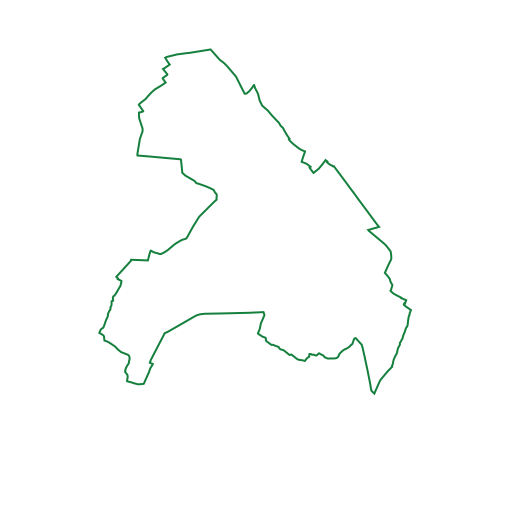 the district of Nong Don, Saraburi, Thailand, rotated 115°
{"feature_id": "78962969B30488240486428", "entity_name": "Nong Don", "entity_type": "district", "adm_level": 2, "iso_a3": "THA", "parent_name": "Thailand", "parent_adm1": "Saraburi", "projection": "orthographic", "projection_center": [100.697, 14.698], "detail": "fine", "context": "isolated", "style": "outline", "palette": "green", "viewbox_px": 512, "rotation_deg": 115, "n_neighbors": 0, "source": "geoboundaries", "source_scale": "gbopen_adm2", "svg_char_len": 6015}
<svg xmlns="http://www.w3.org/2000/svg" viewBox="0 0 512 512"><g transform="rotate(115 256 256)"><path d="M392.0,365.4L392.0,363.6L392.4,361.1L392.6,360.5L393.1,359.8L395.1,358.6L396.7,357.6L396.4,355.0L396.4,354.0L396.7,351.0L397.5,346.1L397.7,345.1L398.9,342.3L399.4,340.6L400.1,337.6L399.7,331.3L399.7,330.6L399.8,329.7L400.0,329.2L400.1,328.9L401.2,327.9L402.4,327.2L403.2,326.9L405.5,326.5L406.6,326.0L406.9,326.0L411.2,326.5L412.1,326.5L413.1,326.5L413.9,326.4L414.7,326.0L415.2,325.9L415.7,326.0L416.1,325.8L416.4,325.5L417.7,323.0L418.2,322.2L418.9,321.7L420.3,321.0L421.1,320.8L423.5,320.2L423.9,320.0L424.0,319.7L423.4,316.7L423.2,315.7L423.0,313.5L422.3,309.4L422.1,308.6L421.2,306.9L420.2,305.1L419.2,303.7L406.5,303.9L403.3,304.3L402.2,304.3L398.2,303.8L397.5,303.9L397.6,307.1L394.7,307.4L364.3,306.1L363.7,305.4L362.9,304.6L360.6,302.9L341.8,289.7L337.1,286.4L334.6,284.5L332.5,282.1L330.0,278.0L322.4,262.5L310.4,238.3L303.7,225.5L305.7,223.6L306.0,223.4L306.8,223.3L315.0,223.1L319.9,221.9L321.3,221.7L325.2,221.6L325.6,221.1L326.2,216.9L326.3,215.8L326.1,213.2L326.1,212.9L326.2,212.6L326.4,212.3L328.4,211.3L328.6,211.0L328.8,210.6L329.6,206.4L330.0,204.9L330.0,204.4L329.4,203.3L328.9,197.1L329.1,196.7L329.6,196.1L330.1,195.1L330.2,194.5L330.2,194.1L329.7,191.6L330.0,190.0L331.5,183.8L331.4,183.5L330.4,182.4L330.3,182.2L331.8,176.2L332.0,174.9L332.1,174.0L330.9,169.8L330.6,168.5L330.5,167.4L326.6,166.4L326.4,166.3L325.1,165.4L324.8,165.3L324.5,165.3L324.3,165.4L322.4,166.2L322.2,166.1L321.8,165.1L321.6,164.5L321.6,164.2L321.8,163.7L321.7,163.2L321.2,162.3L321.0,161.9L321.0,159.8L320.9,159.6L320.5,159.2L320.1,158.9L319.5,158.6L317.9,158.0L317.6,157.8L317.5,157.5L317.7,155.9L317.7,153.6L318.0,152.4L318.5,151.5L318.7,151.0L318.8,150.6L318.6,149.4L318.7,148.2L318.6,147.8L318.5,147.3L317.6,145.7L315.9,142.0L315.3,141.0L314.6,140.1L313.8,139.4L313.4,139.2L312.9,139.0L311.9,138.9L311.3,138.9L309.6,139.0L309.3,139.0L305.6,137.6L304.6,137.1L302.8,135.9L301.5,134.7L300.5,134.0L299.9,133.7L299.1,133.2L298.4,132.8L297.2,132.6L295.7,131.8L294.9,131.5L290.1,132.0L289.5,132.0L289.1,131.9L288.6,131.2L288.3,130.9L291.7,122.8L293.7,120.9L294.4,120.4L302.9,113.8L305.4,112.0L311.7,107.2L322.2,99.5L328.8,94.9L329.2,94.5L329.4,94.2L329.6,93.8L330.7,90.6L327.4,90.7L316.6,90.9L314.8,90.6L304.1,87.7L298.9,85.8L298.5,86.2L298.3,86.2L297.5,86.3L296.6,86.3L294.5,86.8L291.9,87.4L287.9,87.5L285.1,87.2L281.9,87.8L280.2,88.3L278.7,88.3L275.6,88.1L273.9,88.9L273.7,88.9L272.4,88.5L270.5,88.6L269.5,88.3L266.1,88.9L264.7,89.0L261.9,89.1L258.9,89.5L257.9,89.6L255.6,89.2L255.2,89.3L254.5,89.4L249.8,91.0L247.3,91.7L246.2,92.0L245.9,92.1L244.6,92.0L244.3,92.0L243.8,92.3L242.9,92.5L239.8,92.7L239.5,92.8L239.5,93.0L239.1,94.9L238.5,98.6L237.8,101.2L237.6,101.5L237.1,101.7L236.8,101.7L235.9,101.4L236.0,100.9L235.9,100.9L232.6,101.2L232.8,106.6L232.4,106.7L232.2,112.5L231.9,115.5L231.6,116.9L230.7,119.4L229.2,119.4L227.9,119.6L225.0,120.0L224.5,120.3L223.6,121.7L221.9,123.8L221.0,124.4L220.3,125.0L219.1,127.1L216.8,132.1L208.5,132.2L202.1,132.1L201.1,132.3L198.0,133.9L197.5,134.3L195.2,135.7L194.6,136.5L191.4,142.8L190.6,145.2L185.6,164.0L185.0,165.3L177.6,156.8L175.7,160.7L174.7,162.5L160.4,188.9L158.7,191.8L154.9,199.0L151.1,205.9L141.7,223.4L141.8,223.5L142.1,223.5L142.2,224.5L142.0,224.9L141.9,225.1L142.0,227.1L141.9,227.9L141.2,230.7L141.0,231.3L140.2,231.2L139.7,233.5L145.9,234.8L150.3,236.0L153.8,237.7L156.4,239.0L153.4,244.7L153.0,244.5L152.3,244.2L152.1,244.2L152.1,244.3L151.1,248.9L151.1,250.9L151.4,254.4L151.3,254.5L146.7,255.1L140.7,255.7L140.5,255.8L140.5,256.0L140.7,259.7L140.6,260.5L140.4,262.3L140.2,263.3L139.0,268.6L138.3,271.0L137.5,273.3L136.5,275.5L136.4,275.5L135.6,275.2L133.6,278.6L130.6,283.0L129.2,284.8L128.5,285.8L127.9,287.7L127.3,289.1L125.7,291.3L122.0,300.7L119.1,307.0L118.0,310.9L117.3,313.4L117.0,314.0L114.1,317.8L113.1,318.8L108.3,322.6L106.4,324.9L105.1,326.7L104.3,327.6L103.0,329.0L101.9,329.8L101.9,330.0L102.1,330.2L105.5,330.7L109.6,331.8L112.1,332.9L112.6,333.2L113.0,333.6L113.6,334.5L113.7,334.9L103.8,347.5L101.9,349.9L96.2,362.3L94.8,366.0L94.4,367.6L93.6,371.4L93.3,372.2L88.0,384.4L100.0,402.1L101.6,404.8L106.7,412.8L108.5,415.0L113.3,421.0L114.7,422.1L117.0,418.6L118.2,416.5L119.0,415.1L124.4,418.3L125.8,419.3L128.7,413.4L129.0,413.0L129.4,413.0L133.9,415.6L134.3,415.7L134.7,415.4L137.0,411.2L141.7,414.0L147.7,418.0L151.3,419.6L152.9,420.2L156.6,421.4L160.4,422.4L165.4,425.0L168.2,426.2L168.5,426.1L172.4,419.4L172.6,419.4L173.9,420.6L175.5,422.7L176.3,422.2L177.8,421.6L178.9,421.0L179.5,420.7L180.0,420.4L180.9,419.7L181.7,419.0L185.9,415.1L188.4,412.7L190.9,411.5L199.0,410.7L212.3,407.0L214.4,406.3L214.9,406.1L215.0,405.8L210.7,394.2L200.3,365.4L200.4,364.7L211.8,357.9L213.0,353.9L213.9,343.9L214.0,343.2L214.9,341.6L215.1,340.9L215.1,340.3L214.8,338.6L214.5,335.9L214.0,330.4L213.9,326.9L214.0,322.3L215.0,321.1L215.4,320.5L216.2,319.0L216.7,317.9L216.9,317.7L217.1,317.5L217.5,317.2L220.2,316.3L221.6,315.5L223.5,316.4L228.0,318.1L244.4,324.1L256.2,325.5L269.1,326.4L270.0,326.9L272.8,330.0L275.6,332.0L279.4,334.5L284.1,336.7L287.8,338.4L291.3,340.5L294.5,343.1L295.1,345.0L295.1,346.3L295.8,349.8L295.8,350.9L295.6,353.4L295.6,353.6L296.1,353.7L296.9,353.6L299.6,353.3L305.7,352.1L312.2,367.6L313.1,367.3L333.9,373.8L334.1,373.2L334.7,371.5L335.4,371.5L335.4,368.9L335.5,367.5L335.6,367.3L337.3,366.8L340.3,366.3L341.0,366.3L342.6,366.5L347.6,366.9L350.5,367.3L351.5,367.5L351.8,367.6L352.5,368.1L352.9,368.2L353.3,368.2L354.9,367.9L356.1,367.0L356.5,366.8L356.9,366.6L357.1,366.7L357.7,367.5L357.9,367.7L358.0,367.7L359.2,367.3L360.3,366.7L362.0,366.1L362.4,366.1L363.4,366.2L363.9,366.2L364.2,366.2L365.1,365.6L366.2,365.4L366.6,365.4L367.1,365.6L367.6,365.7L369.3,365.7L370.7,365.7L371.5,365.6L372.1,365.2L372.4,365.1L373.8,364.8L377.5,364.8L383.4,364.2L385.0,364.1L385.6,364.2L386.0,364.4L386.8,365.0L387.5,365.3L388.3,365.6L390.3,365.6L391.0,365.6L392.0,365.4Z" fill="none" stroke="#15803d" stroke-width="2"/></g></svg>